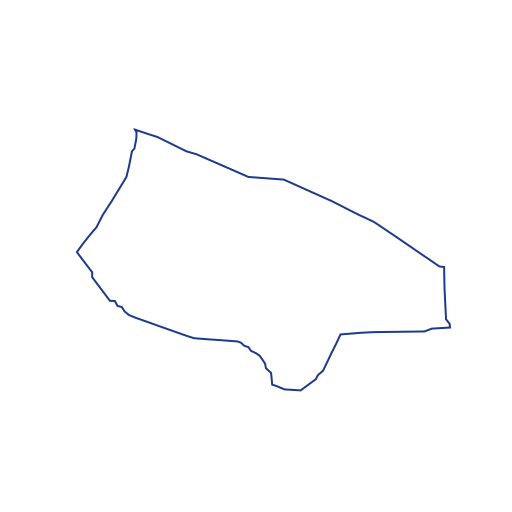 the district of Talawdi, South Kordufan, Sudan, rotated 233°
{"feature_id": "16777658B54503315646042", "entity_name": "Talawdi", "entity_type": "district", "adm_level": 2, "iso_a3": "SDN", "parent_name": "Sudan", "parent_adm1": "South Kordufan", "projection": "robinson", "projection_center": [30.424, 10.544], "detail": "fine", "context": "isolated", "style": "outline", "palette": "blue", "viewbox_px": 512, "rotation_deg": 233, "n_neighbors": 0, "source": "geoboundaries", "source_scale": "gbopen_adm2", "svg_char_len": 1780}
<svg xmlns="http://www.w3.org/2000/svg" viewBox="0 0 512 512"><g transform="rotate(233 256 256)"><path d="M82.1,367.9L85.3,369.8L91.1,369.7L115.7,386.4L116.5,386.9L117.3,387.5L134.0,399.6L135.0,398.6L136.0,397.4L137.3,396.2L137.5,396.1L142.2,394.5L143.5,394.1L158.2,389.1L170.8,384.9L175.2,383.4L186.2,379.7L195.8,376.4L212.3,370.7L227.2,362.8L231.6,360.6L239.7,356.6L242.9,355.1L254.3,349.5L300.4,324.1L303.6,320.4L313.8,308.8L323.7,297.5L373.1,269.7L381.5,263.4L397.1,255.6L403.8,252.2L410.0,249.1L419.0,242.8L424.1,239.3L427.0,237.3L429.8,235.4L429.5,235.3L426.7,235.1L424.7,233.4L421.9,231.2L419.8,228.9L419.7,228.8L416.5,225.2L415.0,223.6L414.3,220.0L409.5,214.6L409.0,214.1L403.6,208.0L397.2,200.2L396.8,199.3L390.2,182.7L386.7,173.9L383.8,165.9L381.1,158.5L379.3,154.8L374.9,145.8L373.6,139.7L372.4,134.6L369.9,124.9L369.6,124.1L368.1,119.1L367.5,117.2L367.3,116.5L367.0,115.7L366.9,115.3L363.3,115.3L354.3,115.3L353.3,115.3L341.6,115.4L337.7,112.4L335.4,112.4L334.3,112.4L321.6,112.4L308.0,112.4L305.1,116.2L302.3,115.8L299.5,115.4L295.9,118.1L290.7,117.7L285.3,119.0L281.6,121.2L279.0,122.8L278.9,122.8L278.6,123.1L277.8,123.6L277.7,123.6L268.1,130.0L257.6,136.9L233.9,152.6L232.5,153.6L228.4,156.5L227.5,157.2L218.4,167.5L214.5,172.0L210.5,176.6L206.9,180.7L199.1,189.6L196.1,191.7L195.3,191.9L191.3,192.6L190.6,193.1L190.4,193.2L187.8,195.1L183.3,194.9L178.8,197.3L174.3,198.9L170.2,198.8L164.7,198.5L160.3,196.4L157.1,197.0L153.6,197.7L149.5,195.2L148.8,194.8L143.5,191.5L143.4,191.6L139.8,194.1L132.3,198.5L121.8,210.8L121.6,229.7L123.2,232.7L123.2,233.1L123.6,233.9L124.0,240.1L124.0,240.4L127.7,247.6L133.3,258.3L137.4,266.7L142.5,276.3L131.6,293.5L124.0,304.7L106.7,328.3L94.3,345.2L92.2,352.7L82.1,367.9Z" fill="none" stroke="#1e3a8a" stroke-width="2"/></g></svg>